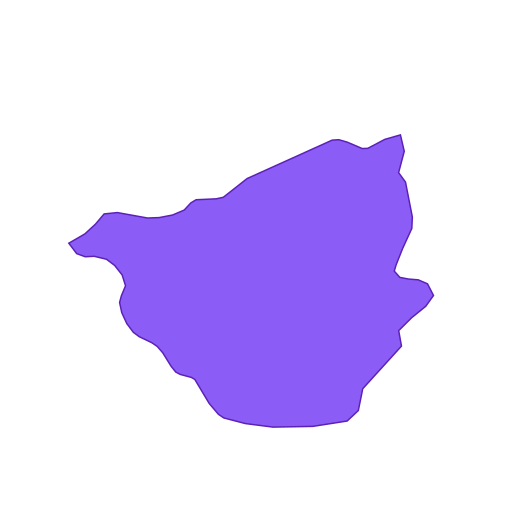 the Province of Cavite, rotated 20°
{"feature_id": "PHL-2563", "entity_name": "Cavite", "entity_type": "Province", "adm_level": 1, "iso_a3": "PHL", "parent_name": "Philippines", "parent_adm1": "", "projection": "orthographic", "projection_center": [120.835, 14.286], "detail": "fine", "context": "isolated", "style": "filled", "palette": "violet", "viewbox_px": 512, "rotation_deg": 20, "n_neighbors": 0, "source": "natural_earth", "source_scale": "10m", "svg_char_len": 1013}
<svg xmlns="http://www.w3.org/2000/svg" viewBox="0 0 512 512"><g transform="rotate(20 256 256)"><path d="M75.7,308.0L87.6,293.8L94.2,281.1L98.9,268.4L110.9,262.6L141.1,257.4L151.9,253.0L163.6,246.0L172.8,237.4L176.7,228.2L180.5,223.6L199.0,215.9L205.2,212.0L221.2,186.2L287.9,121.1L294.0,118.4L302.6,117.8L319.0,118.7L324.2,116.6L337.2,102.3L350.3,92.8L359.5,106.9L361.5,128.9L371.2,135.4L389.7,166.1L390.6,169.2L393.0,176.8L391.2,198.8L390.7,216.5L391.1,222.9L398.5,226.9L407.1,225.5L416.6,222.9L426.7,223.5L436.3,232.4L432.7,245.2L423.4,260.7L415.6,277.3L423.5,290.9L401.7,344.2L405.0,366.2L398.1,379.9L367.6,396.7L330.4,411.0L303.3,417.1L281.1,419.2L274.8,417.6L262.5,410.6L240.7,392.9L236.8,392.2L225.3,393.2L220.3,392.5L214.0,388.7L201.4,378.8L194.0,374.7L187.5,373.1L174.0,371.8L166.9,369.7L157.7,363.7L149.2,355.1L143.7,346.3L143.1,339.3L143.6,328.6L136.7,319.6L126.4,313.2L116.6,310.2L104.1,311.6L95.8,315.1L86.7,315.1L75.7,308.0L75.7,308.0Z" fill="#8b5cf6" stroke="#5b21b6" stroke-width="1.5"/></g></svg>